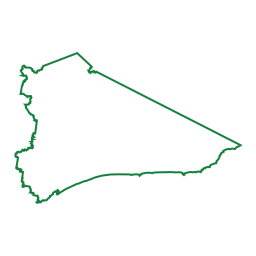 East Gippsland, Victoria, Australia (orthographic projection)
{"feature_id": "25037944B19226887893594", "entity_name": "East Gippsland", "entity_type": "district", "adm_level": 2, "iso_a3": "AUS", "parent_name": "Australia", "parent_adm1": "Victoria", "projection": "orthographic", "projection_center": [148.347, -37.346], "detail": "fine", "context": "isolated", "style": "outline", "palette": "green", "viewbox_px": 256, "rotation_deg": 0, "n_neighbors": 0, "source": "geoboundaries", "source_scale": "gbopen_adm2", "svg_char_len": 5536}
<svg xmlns="http://www.w3.org/2000/svg" viewBox="0 0 256 256"><path d="M190.8,119.8L145.6,96.8L96.5,71.8L95.8,72.6L95.4,72.7L95.2,71.8L94.3,71.4L93.9,71.7L93.9,71.4L93.5,71.5L93.3,71.2L92.9,71.5L92.7,71.4L92.5,71.7L90.9,71.8L90.9,72.3L90.6,72.3L90.3,72.8L89.8,72.2L89.4,72.3L89.4,72.1L89.6,72.0L89.1,71.2L88.7,71.3L88.5,70.9L89.0,71.0L89.1,70.2L89.8,68.9L90.5,68.6L90.8,68.1L90.4,68.1L90.4,67.7L91.0,67.4L91.0,67.1L91.4,67.2L91.3,66.6L91.5,66.5L77.2,53.1L43.1,66.1L43.1,66.6L42.6,67.6L41.9,68.0L42.2,68.6L42.0,69.4L41.4,69.8L40.8,69.7L39.8,70.1L39.4,70.6L38.5,70.5L37.4,70.8L37.2,71.8L36.7,72.0L36.8,72.7L36.3,72.8L34.8,72.6L34.0,72.0L33.9,71.5L33.7,71.6L33.2,70.8L32.6,70.9L32.1,70.3L32.3,69.3L32.2,69.0L31.1,68.2L30.5,68.2L29.9,67.6L26.8,67.6L26.0,67.3L25.5,67.5L24.9,67.2L24.7,66.6L24.6,65.8L24.2,65.6L23.1,65.9L22.4,66.6L22.4,67.9L22.7,68.3L22.6,69.2L22.2,69.4L21.7,69.4L21.5,69.9L20.8,70.5L21.4,72.0L22.9,73.8L22.8,75.0L22.0,75.4L23.0,75.5L23.7,75.9L24.0,75.4L24.6,75.8L25.2,75.6L26.2,75.7L26.6,76.5L26.4,77.1L26.9,77.8L26.7,78.4L26.9,78.9L26.5,79.3L25.8,79.3L25.5,79.5L25.4,79.9L24.9,80.2L25.3,80.8L25.2,81.0L24.9,81.3L24.1,81.1L24.1,81.9L23.5,81.8L23.5,82.2L22.6,83.4L22.9,84.6L22.6,85.2L22.0,85.6L20.6,93.8L21.0,93.7L21.1,94.0L21.5,94.0L22.1,93.9L22.4,93.6L23.1,93.8L24.2,94.4L24.8,95.1L26.6,96.0L27.1,96.0L27.1,96.3L27.7,96.3L27.7,96.7L28.2,96.3L28.8,96.5L29.5,96.0L30.9,96.2L30.8,96.6L31.1,97.0L30.8,97.2L31.2,97.6L30.6,98.0L31.0,97.9L31.0,98.3L30.2,99.0L30.3,101.3L30.5,101.4L30.2,102.3L30.3,103.0L29.4,103.5L29.0,103.3L28.8,103.9L28.9,104.2L28.6,104.6L25.1,104.6L25.8,105.4L25.7,105.8L26.0,106.1L26.1,106.6L25.8,107.4L26.4,108.3L26.4,108.6L27.4,109.4L27.6,110.4L28.6,111.4L28.8,112.3L29.4,113.2L30.6,113.6L30.7,114.5L32.2,114.7L32.9,115.3L34.1,115.4L33.8,115.4L33.9,116.2L33.4,116.9L34.1,118.3L34.1,118.7L34.4,118.9L34.5,120.0L34.3,120.2L35.3,120.8L36.1,120.1L36.8,120.4L36.9,121.1L36.4,121.8L36.7,122.1L35.2,133.5L33.6,133.2L33.5,134.0L33.2,134.1L33.0,134.7L32.7,134.8L32.6,135.1L32.8,135.3L32.8,135.7L33.2,135.7L33.6,136.3L33.1,136.1L33.0,136.4L33.1,136.8L32.8,136.8L32.9,137.0L32.4,137.0L32.2,137.6L32.6,138.4L32.4,138.4L32.6,138.7L32.1,138.8L32.2,139.1L32.7,139.3L32.0,139.4L32.1,139.7L31.5,139.8L31.8,139.9L31.8,140.2L31.4,140.1L31.8,140.4L31.7,141.0L32.2,141.6L31.8,141.7L31.7,142.1L31.4,142.1L31.7,142.3L31.5,142.5L31.8,143.5L31.4,143.7L31.8,143.9L31.7,144.4L32.0,144.1L32.2,144.6L32.3,145.1L32.2,145.4L32.4,145.5L32.4,146.1L32.7,146.1L32.6,146.3L32.8,146.4L32.7,147.1L32.3,147.0L32.6,147.7L32.2,147.9L32.5,148.1L32.3,148.3L28.3,147.8L28.1,149.3L27.3,149.4L26.6,150.3L26.0,149.8L25.7,150.2L25.0,150.1L24.7,149.7L24.2,150.4L23.9,149.9L23.0,149.8L23.2,150.3L23.1,150.5L22.6,150.2L22.2,150.4L21.5,151.0L21.2,151.8L20.2,151.8L19.5,152.4L18.4,152.0L18.1,151.7L16.9,152.3L16.9,153.4L16.2,153.4L16.2,153.7L15.7,153.8L15.7,154.7L15.4,154.9L15.5,155.3L15.4,155.9L16.0,157.0L16.5,157.1L17.3,156.8L18.0,157.6L16.6,166.3L16.3,166.6L16.3,167.2L17.5,167.7L17.6,168.5L17.9,168.7L17.1,168.9L17.4,169.1L18.6,169.0L18.9,169.4L19.3,169.1L20.0,169.4L20.4,169.1L21.0,169.9L21.4,169.8L21.4,170.2L21.0,170.2L19.8,171.4L19.1,171.5L23.0,172.0L22.2,177.5L22.6,177.6L22.6,178.0L22.1,178.1L22.1,178.4L22.4,178.9L21.9,180.0L22.2,180.4L21.8,180.9L22.2,181.2L22.0,181.7L22.2,182.0L22.7,182.1L22.6,182.8L22.8,182.4L23.1,182.5L23.4,182.3L23.5,182.4L23.0,183.6L23.5,184.1L22.9,184.3L22.8,184.7L23.3,184.8L23.5,184.5L23.6,185.2L23.1,185.1L22.9,185.4L23.2,185.5L23.3,185.3L23.5,185.6L23.0,185.8L22.9,186.2L22.5,186.5L22.6,186.9L23.3,186.9L25.7,185.9L29.6,186.6L29.7,187.1L30.0,187.3L29.9,188.0L30.4,188.4L30.6,189.5L30.9,189.7L30.8,190.3L30.5,190.5L30.5,191.1L30.8,191.6L30.6,191.9L30.9,191.8L31.3,192.4L31.3,192.9L31.8,193.2L32.9,192.7L33.5,193.0L33.6,193.4L33.3,193.7L33.5,194.0L33.3,195.0L33.5,195.2L34.7,195.3L35.8,195.8L37.4,195.6L37.9,196.2L38.3,197.3L37.8,197.8L37.8,198.1L38.2,198.5L38.3,199.2L38.3,199.5L37.8,199.9L38.4,200.4L37.6,200.8L37.5,201.4L37.7,201.9L37.6,202.0L37.8,202.2L36.8,202.4L37.3,202.9L38.4,202.2L39.1,202.2L39.8,201.8L40.1,202.3L40.9,202.3L41.7,201.0L42.9,200.2L43.6,200.7L44.4,200.6L45.0,200.2L46.5,200.3L48.0,198.5L49.8,197.3L49.9,196.0L50.7,195.9L51.8,194.9L53.0,194.3L53.0,193.0L53.7,192.3L55.4,191.6L55.6,191.2L56.2,191.2L57.8,190.0L58.5,190.9L58.7,191.6L58.3,192.1L56.8,192.8L56.9,193.1L56.7,194.0L57.4,194.5L61.0,192.0L65.4,189.3L76.9,183.9L79.2,183.4L81.2,182.4L85.1,181.0L86.6,180.8L95.2,177.4L102.1,175.6L110.5,174.5L118.0,174.3L127.8,174.4L130.2,174.5L131.4,175.0L133.3,174.5L136.4,174.3L138.7,174.6L139.4,175.1L139.4,175.6L139.6,175.8L140.1,175.0L140.8,174.8L140.8,174.3L141.3,173.9L146.1,172.8L150.3,172.7L152.2,173.2L153.5,172.7L155.6,172.4L171.4,172.1L176.3,172.4L178.7,172.2L181.4,172.5L182.9,173.4L183.1,173.8L182.9,174.3L183.7,174.9L184.0,174.2L184.4,174.4L184.4,173.8L185.1,173.2L188.9,172.2L191.0,172.0L192.6,172.4L194.6,171.9L196.2,172.3L196.9,171.8L198.7,171.5L199.7,171.7L200.6,172.2L201.4,171.5L201.7,170.3L201.5,170.2L201.6,169.9L202.4,169.5L203.2,169.5L203.4,169.1L203.2,168.9L203.9,168.3L204.9,167.9L205.2,168.1L205.5,167.6L207.2,167.1L209.0,166.9L209.6,167.3L209.8,167.2L210.0,165.8L211.3,164.7L213.8,163.7L216.2,163.2L216.3,162.0L216.6,161.7L216.7,161.0L218.6,159.0L219.7,156.5L219.5,156.2L219.6,155.7L220.4,154.7L220.8,154.5L220.7,154.1L221.1,153.7L221.3,153.0L223.5,151.9L223.1,151.2L224.3,150.3L226.0,149.5L227.9,149.0L230.0,149.2L232.3,148.6L235.0,149.0L236.4,147.3L239.1,146.2L239.7,146.5L239.5,146.3L239.7,145.9L240.6,145.2L190.8,119.8Z" fill="none" stroke="#15803d" stroke-width="2"/></svg>